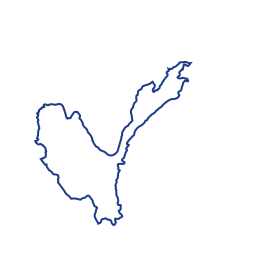 the Province of Badakhshan, rotated 323°
{"feature_id": "AFG-1760", "entity_name": "Badakhshan", "entity_type": "Province", "adm_level": 1, "iso_a3": "AFG", "parent_name": "Afghanistan", "parent_adm1": "", "projection": "orthographic", "projection_center": [71.727, 36.958], "detail": "fine", "context": "isolated", "style": "outline", "palette": "blue", "viewbox_px": 256, "rotation_deg": 323, "n_neighbors": 0, "source": "natural_earth", "source_scale": "10m", "svg_char_len": 5763}
<svg xmlns="http://www.w3.org/2000/svg" viewBox="0 0 256 256"><g transform="rotate(323 128 128)"><path d="M213.5,114.7L213.1,114.5L211.3,111.0L210.7,111.0L209.1,112.6L208.2,112.8L207.9,113.3L207.2,114.1L206.9,114.3L206.7,114.2L206.0,113.6L203.9,114.2L202.8,114.2L202.3,114.5L201.7,116.2L201.3,116.8L200.7,117.1L200.0,117.2L198.6,117.1L198.1,117.3L198.0,118.2L198.6,119.1L199.8,120.0L202.1,121.0L202.8,121.8L203.7,123.4L204.6,123.8L204.8,124.0L204.8,124.7L204.5,126.5L203.9,126.7L203.2,126.1L202.4,125.0L201.5,124.6L200.7,124.7L199.2,125.2L198.3,126.0L195.3,128.0L193.6,129.5L192.7,129.9L190.3,129.6L189.7,129.8L189.2,130.2L189.0,130.9L188.8,132.4L188.5,132.9L186.4,133.7L185.3,133.7L183.1,133.0L180.1,131.2L179.0,130.8L176.7,130.4L171.9,130.3L167.1,131.2L164.8,130.9L162.4,131.3L160.6,131.2L158.8,131.8L158.3,131.9L155.5,131.5L150.1,132.1L149.5,132.4L148.2,133.2L147.7,133.2L146.6,132.7L145.7,133.0L144.8,133.4L143.7,133.8L140.5,134.0L137.5,133.5L135.0,133.7L132.7,134.3L130.9,135.2L128.7,137.2L127.9,137.4L126.2,137.3L124.7,137.8L123.1,137.9L119.9,138.7L118.3,139.4L117.7,139.8L117.5,140.4L118.1,141.3L118.4,142.0L117.7,142.4L115.6,142.7L114.2,143.3L113.9,143.6L114.1,144.4L114.1,144.8L113.5,145.4L112.0,145.8L111.2,146.2L110.7,146.8L108.9,147.8L107.5,149.1L106.9,149.3L104.5,149.5L103.8,150.0L103.8,151.4L104.5,152.7L104.6,153.3L104.1,153.8L103.6,154.0L103.0,154.0L102.4,153.8L101.3,152.7L99.2,151.2L98.5,150.9L97.8,151.0L97.5,151.4L96.7,153.5L96.4,154.0L95.5,154.9L95.3,155.6L95.9,156.9L95.2,157.3L93.6,157.8L93.0,158.2L90.2,161.3L89.4,161.9L87.1,162.7L86.9,163.0L86.7,164.0L86.4,164.4L83.5,166.1L83.3,166.5L83.1,167.4L82.9,167.8L81.7,169.0L81.4,169.7L81.5,170.4L80.5,171.4L79.3,173.4L78.6,174.1L78.4,174.5L78.2,175.0L77.8,177.5L77.5,178.4L75.9,180.9L74.4,181.7L74.2,182.0L73.9,183.1L74.0,183.7L74.2,183.9L75.0,184.4L75.5,184.9L75.7,185.2L75.7,185.5L75.4,185.8L74.4,186.8L73.7,188.1L72.3,188.7L71.1,188.5L70.6,188.8L70.2,190.0L70.3,190.8L70.2,191.4L70.5,192.1L70.7,193.8L70.6,194.4L70.0,195.3L69.3,195.3L67.4,194.8L66.1,195.0L65.1,194.6L63.5,192.8L63.2,192.8L62.8,193.1L62.1,194.0L62.0,194.4L61.9,195.5L61.5,196.0L60.3,196.7L59.3,197.1L58.1,196.9L57.9,196.3L57.8,194.5L58.1,193.3L58.6,192.1L58.6,191.4L58.2,190.6L56.6,188.8L56.2,187.3L55.9,186.8L53.8,186.0L52.8,185.4L52.3,185.3L51.9,185.3L51.2,185.6L49.9,186.7L49.0,187.0L46.7,186.5L46.9,185.9L47.2,183.1L47.4,182.4L47.6,180.3L48.3,178.3L48.8,177.8L49.4,177.0L50.3,176.5L52.0,175.5L53.3,174.1L55.2,173.2L55.4,172.9L55.4,172.6L55.2,172.0L54.3,170.5L54.2,169.8L54.7,169.0L54.8,167.9L55.4,165.6L56.0,164.8L56.1,163.5L56.0,158.6L55.5,158.0L54.8,157.7L53.5,157.6L51.9,157.7L49.5,156.8L48.3,156.6L47.3,156.8L46.9,156.5L46.3,156.0L43.8,152.9L41.8,151.3L40.3,150.5L40.1,150.3L40.0,149.9L40.1,147.8L39.6,146.2L39.0,143.3L39.0,141.6L39.3,139.6L39.4,129.2L40.5,128.4L40.7,127.6L41.2,126.7L42.2,126.3L42.7,125.9L42.8,125.3L43.7,123.8L42.9,122.3L42.3,121.6L41.0,120.5L40.7,120.1L40.5,119.6L40.6,117.1L39.6,114.3L39.6,113.1L39.8,110.5L40.1,109.3L41.0,108.1L40.7,107.8L39.8,107.6L39.7,107.1L39.6,101.5L39.8,100.6L40.2,100.8L41.4,101.0L41.1,100.7L42.1,100.9L43.2,101.3L44.3,101.5L45.3,101.1L46.6,99.5L46.9,99.4L47.5,97.7L48.4,97.7L48.7,97.4L48.9,96.8L48.9,96.0L49.7,95.1L50.0,93.7L49.9,93.0L49.5,91.1L49.7,90.6L49.1,89.7L48.9,89.1L48.8,88.5L48.5,88.1L46.9,87.5L46.3,86.5L45.9,85.2L45.7,83.8L46.2,82.7L46.9,83.3L47.7,83.4L48.5,83.3L49.4,83.0L49.1,82.6L49.0,82.3L49.1,81.5L50.2,81.1L50.6,80.4L51.7,79.8L53.4,77.6L55.0,76.0L55.4,75.7L56.6,75.2L57.0,74.9L57.4,74.1L58.4,71.6L59.5,69.5L59.8,68.4L61.1,67.9L61.6,66.3L61.6,65.0L61.8,64.6L62.1,64.4L62.9,64.5L63.3,64.3L64.5,63.3L64.8,62.8L64.1,62.3L64.1,61.9L64.8,61.5L66.9,61.3L67.6,60.2L68.2,60.1L69.3,60.1L70.5,60.4L71.1,59.9L71.5,59.8L73.0,60.6L73.8,60.8L74.2,60.3L74.1,59.3L74.4,59.0L75.2,58.9L76.1,59.3L76.8,60.0L77.3,61.2L77.5,61.6L77.9,61.9L78.9,61.8L80.3,62.4L81.7,63.4L83.9,65.7L86.8,67.0L88.0,67.8L88.9,69.2L89.1,71.2L88.9,72.2L88.2,74.2L88.0,75.5L87.3,76.8L86.8,78.7L85.8,80.7L85.5,81.9L85.1,82.9L85.1,83.4L85.2,84.0L85.4,84.1L86.1,84.0L87.4,85.2L88.2,85.5L89.6,84.6L94.0,83.1L95.3,83.2L96.3,83.9L97.4,85.3L97.2,85.6L97.3,87.1L97.3,88.2L97.2,89.1L96.6,89.9L95.3,90.7L95.0,91.5L95.4,93.4L95.0,95.3L94.7,97.2L93.9,98.4L93.8,100.4L94.3,104.1L93.9,105.9L93.5,106.9L93.4,107.6L93.7,109.3L93.7,111.3L93.6,112.2L93.4,112.8L93.4,114.1L92.0,116.4L92.2,117.5L91.9,117.9L91.7,118.6L91.4,120.4L91.3,123.2L91.4,123.8L92.2,125.2L92.4,125.8L92.4,127.6L92.5,128.6L92.8,129.4L94.8,132.8L95.2,133.7L95.5,135.8L95.7,136.8L96.6,138.4L97.8,139.7L99.4,140.5L101.1,140.9L102.9,140.9L104.7,140.6L106.1,140.0L116.7,132.0L117.6,131.0L118.9,130.3L120.1,128.7L121.5,127.7L125.2,126.2L126.8,125.8L129.3,126.3L130.6,125.6L136.0,124.8L136.3,124.4L136.5,123.5L138.0,121.1L139.7,117.5L140.7,116.0L142.2,115.1L143.9,114.8L144.8,114.4L145.5,113.5L148.1,111.9L150.7,111.6L151.4,111.0L151.9,110.4L152.5,109.1L153.0,108.4L154.4,107.2L154.7,107.1L155.5,107.4L155.9,107.2L157.6,105.3L158.2,104.9L158.9,104.6L159.8,104.5L160.7,104.6L161.3,104.9L161.9,105.1L164.1,103.8L165.7,103.7L170.1,105.3L172.6,105.9L174.2,105.8L175.5,105.9L175.2,107.5L175.3,109.4L175.1,110.1L174.5,110.8L173.8,111.3L173.3,111.6L171.9,111.8L171.2,112.1L170.4,112.8L170.0,113.7L170.2,114.6L170.7,114.9L172.3,114.4L173.0,114.5L174.1,115.6L174.5,115.6L175.1,115.1L175.4,115.0L176.8,115.2L177.3,115.0L178.7,113.7L179.4,113.5L180.9,113.3L183.0,112.2L183.7,112.1L186.4,111.0L190.4,110.1L191.3,109.7L192.0,108.9L192.0,107.3L192.5,106.7L193.5,106.6L194.6,106.9L195.4,106.7L195.8,105.5L196.0,106.1L196.5,105.8L196.9,105.8L197.2,106.0L197.8,106.9L198.1,107.0L199.6,107.1L200.9,106.9L203.3,107.6L207.3,107.3L208.4,106.7L213.1,109.4L214.2,110.4L215.9,113.2L217.0,113.8L214.2,114.6L213.5,114.7Z" fill="none" stroke="#1e3a8a" stroke-width="2"/></g></svg>